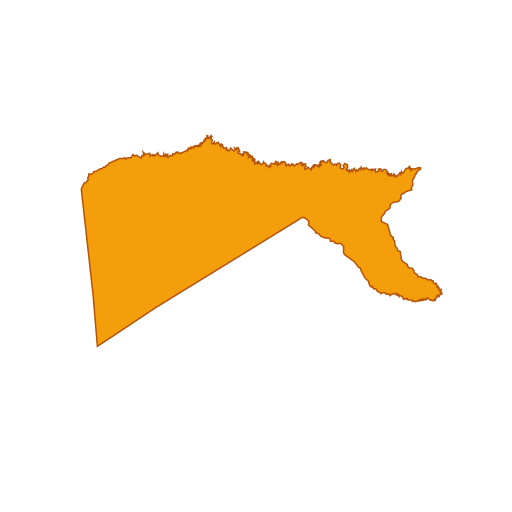 Papunaua(cor. Departamental), Vaupés, Colombia (Robinson projection), rotated 21°
{"feature_id": "7082276B69012408325747", "entity_name": "Papunaua(cor. Departamental)", "entity_type": "district", "adm_level": 2, "iso_a3": "COL", "parent_name": "Colombia", "parent_adm1": "Vaupés", "projection": "robinson", "projection_center": [-70.32, 1.617], "detail": "fine", "context": "isolated", "style": "filled", "palette": "amber", "viewbox_px": 512, "rotation_deg": 21, "n_neighbors": 0, "source": "geoboundaries", "source_scale": "gbopen_adm2", "svg_char_len": 6146}
<svg xmlns="http://www.w3.org/2000/svg" viewBox="0 0 512 512"><g transform="rotate(21 256 256)"><path d="M140.3,397.2L180.8,340.2L285.6,203.1L290.1,203.4L293.0,204.8L293.9,208.3L302.6,211.5L303.3,213.0L306.1,212.7L309.6,214.4L314.2,214.4L317.7,213.2L318.9,213.5L320.3,215.6L323.0,214.5L325.5,215.6L328.2,215.2L329.6,214.0L332.2,214.5L334.4,215.7L336.5,221.5L338.3,223.0L349.9,226.1L355.6,229.7L358.1,230.1L359.5,232.2L365.9,237.6L369.9,239.1L373.0,243.2L374.8,243.6L375.3,242.5L377.4,244.5L379.9,243.9L382.2,245.6L384.9,245.5L386.0,246.5L387.4,244.8L389.8,244.2L391.1,245.0L394.0,243.9L395.3,245.0L396.2,243.4L399.1,241.2L400.5,242.0L401.3,240.9L401.3,241.9L402.4,242.1L403.1,241.5L403.7,242.1L403.5,241.2L404.5,241.9L404.8,241.3L407.0,241.4L409.4,243.6L411.0,242.1L412.1,242.3L412.0,241.6L413.8,242.5L417.4,241.3L418.3,242.4L419.0,241.5L421.5,241.5L422.9,239.7L423.7,240.0L425.1,238.9L424.5,238.2L425.3,238.1L425.5,237.2L426.6,238.2L427.3,236.9L427.5,237.6L428.7,236.7L428.5,236.0L429.9,236.1L429.9,235.1L430.4,235.4L430.3,234.5L431.1,234.6L431.4,233.7L434.7,234.9L435.7,234.0L436.6,234.6L437.8,234.0L438.3,232.4L439.1,233.1L439.2,230.5L440.4,228.6L439.4,228.8L439.4,227.8L441.4,228.0L440.8,227.1L442.9,225.0L441.5,224.5L443.1,223.7L441.9,223.7L440.8,221.0L439.7,222.6L438.0,220.8L438.5,220.3L437.0,220.1L436.9,219.3L436.1,220.0L435.6,218.7L434.1,217.7L434.3,217.1L433.6,217.0L433.5,217.9L431.8,217.8L430.1,215.7L429.2,216.2L428.4,215.5L424.4,216.7L422.2,216.0L420.4,216.9L417.2,216.4L414.4,217.4L413.7,215.9L409.3,214.7L408.6,213.0L406.5,211.5L403.4,212.1L401.6,211.6L400.3,209.7L395.2,208.6L393.0,207.2L389.1,200.2L386.1,200.0L385.0,198.2L382.3,196.8L380.0,192.3L377.8,191.1L377.8,189.6L374.5,188.7L367.6,179.5L360.5,178.8L359.1,174.3L360.7,170.5L360.7,168.1L363.8,163.6L363.1,159.4L365.1,156.4L369.2,154.4L370.0,152.9L370.8,150.2L369.7,148.3L369.9,145.3L371.2,145.1L373.0,142.1L377.7,138.4L376.6,136.8L377.0,133.6L375.0,129.4L375.7,125.1L375.3,123.5L376.2,121.8L375.7,121.2L377.5,116.6L378.3,116.5L378.2,114.8L376.6,114.9L372.9,118.0L370.9,118.5L370.2,120.2L369.9,118.9L368.3,119.6L367.9,117.8L367.0,117.4L366.8,119.2L364.7,120.6L363.8,125.4L362.8,126.4L361.5,125.1L361.7,127.4L361.0,126.4L360.3,126.9L360.5,128.5L359.4,129.6L359.0,131.6L358.0,130.9L356.4,132.1L356.7,130.9L355.5,129.9L355.5,131.6L353.9,131.8L353.0,130.7L352.5,131.8L353.0,133.1L352.4,133.4L351.2,131.3L350.7,131.6L351.0,132.9L349.7,132.9L349.6,131.4L348.1,131.7L348.7,130.2L345.9,128.8L344.0,129.7L343.6,131.8L341.7,132.0L341.7,130.2L340.3,130.2L339.2,131.2L339.6,133.2L337.6,134.9L336.7,134.0L336.4,132.0L333.4,134.8L333.5,133.3L331.5,134.6L328.7,135.0L327.6,134.2L326.9,135.2L325.5,134.9L325.3,137.1L322.3,135.3L322.6,137.8L321.1,137.3L320.9,139.9L318.9,139.5L319.0,141.2L318.3,140.3L317.0,140.3L316.4,139.1L315.5,140.3L316.0,142.7L315.0,142.8L314.1,141.5L313.2,144.4L312.1,142.4L311.6,143.7L309.6,143.6L310.3,142.7L309.4,141.9L309.8,140.3L308.7,138.1L305.7,137.9L305.0,140.5L306.5,141.8L306.5,142.7L306.0,143.5L303.7,143.7L302.8,143.4L302.2,140.4L300.5,139.5L299.2,140.2L298.6,142.3L298.0,141.5L296.5,142.1L296.1,143.3L294.5,143.3L293.3,142.1L291.7,141.9L290.8,139.3L289.0,140.9L288.8,143.3L286.1,144.1L284.9,142.8L282.4,144.4L282.3,145.6L283.5,144.9L283.0,146.5L284.5,147.9L283.2,149.2L282.9,147.9L282.2,147.8L281.7,148.9L282.7,149.4L282.8,150.5L279.1,149.4L277.1,150.4L277.0,151.3L278.3,150.5L278.6,151.6L277.6,151.6L277.6,153.1L276.2,153.4L276.8,155.7L272.6,154.5L272.0,156.7L270.2,157.4L269.8,156.7L270.6,154.3L269.4,153.9L269.4,152.3L266.9,153.2L267.7,154.1L266.8,155.3L265.6,154.4L265.5,152.5L264.9,152.3L263.6,153.1L262.3,155.5L261.0,155.3L259.8,158.1L257.9,157.1L257.1,158.1L256.5,157.2L255.5,159.7L254.4,159.8L253.8,158.7L253.5,159.6L252.2,159.7L251.9,161.0L250.9,160.3L250.8,159.0L248.9,157.8L247.5,158.2L247.2,159.5L246.4,158.8L245.6,159.9L245.7,161.5L244.7,162.4L243.8,161.2L243.7,163.0L242.8,161.3L240.7,160.5L240.2,161.6L241.7,163.3L237.0,164.0L236.5,166.0L237.6,166.8L235.8,167.4L236.8,168.0L236.6,168.7L234.1,167.3L233.1,168.3L231.9,166.1L230.2,166.3L229.4,165.4L229.2,167.5L228.0,168.9L225.2,167.3L225.5,168.6L224.4,169.3L224.6,167.3L224.0,166.9L221.8,170.4L220.6,167.0L219.4,168.7L219.1,167.5L218.0,167.7L218.2,166.2L219.3,166.5L219.4,165.8L217.7,165.7L216.9,164.4L216.0,165.7L214.9,163.9L215.0,165.5L214.0,166.5L214.4,164.8L212.8,164.9L213.7,163.9L212.0,163.5L211.5,162.6L210.9,163.5L210.5,162.4L207.2,163.2L208.1,164.7L207.8,167.2L206.8,167.1L206.7,165.8L205.5,166.6L204.2,165.9L203.0,166.6L201.9,165.3L203.2,164.0L200.4,161.2L199.5,162.0L200.1,162.9L199.7,163.6L197.5,162.9L198.6,164.3L197.9,165.9L193.6,164.4L193.6,166.9L192.2,168.0L191.3,166.6L190.1,167.4L189.6,165.5L187.0,167.0L184.7,164.2L183.3,163.9L183.7,166.4L179.8,163.4L178.4,164.9L178.3,166.2L176.9,166.0L176.2,164.5L175.6,166.6L174.7,167.0L173.8,166.0L173.6,163.4L171.7,162.9L172.1,160.4L171.0,159.6L169.7,163.1L168.5,162.6L168.0,161.2L167.0,161.3L168.3,163.5L166.6,164.2L167.2,165.1L166.3,165.9L167.0,166.4L166.0,166.6L166.3,168.6L164.9,171.1L164.5,169.7L163.4,171.1L163.9,172.9L164.7,172.6L164.9,173.2L162.1,175.1L162.0,174.4L163.0,173.8L162.5,173.2L160.2,175.2L159.9,174.7L158.6,175.9L159.0,177.4L158.0,176.9L157.1,178.6L156.2,177.6L156.0,179.5L155.2,180.2L154.6,179.4L154.1,180.9L153.6,180.3L154.5,182.3L153.3,182.5L149.3,186.8L148.6,186.2L149.0,187.1L148.1,187.8L145.6,186.9L145.3,187.6L146.1,188.0L144.2,187.7L143.6,190.3L142.2,190.7L141.5,189.6L142.2,192.5L140.0,192.8L138.6,195.5L137.8,195.3L137.3,192.7L135.3,193.3L136.2,194.9L135.3,195.9L133.3,193.7L133.7,195.8L132.0,196.9L128.7,196.7L127.4,194.8L125.6,198.9L124.4,199.4L124.3,198.4L123.8,199.0L122.9,198.5L121.2,200.7L120.0,198.2L116.6,200.8L113.5,199.5L115.4,202.2L114.5,203.4L113.7,203.0L113.7,205.9L108.9,204.8L108.0,204.8L107.1,206.1L104.8,205.3L104.2,208.8L100.6,210.6L99.8,212.3L98.1,211.3L97.9,212.2L94.1,213.7L91.7,215.8L85.2,222.4L85.3,223.9L83.8,225.3L83.2,227.2L81.8,227.7L80.8,229.8L78.9,230.7L76.5,234.2L74.3,235.3L74.3,236.9L72.7,239.0L70.5,239.3L71.3,241.9L70.8,243.5L72.2,245.1L71.1,247.0L71.2,248.3L69.4,249.4L68.9,256.1L117.8,350.6L140.3,397.2Z" fill="#f59e0b" stroke="#b45309" stroke-width="1.5"/></g></svg>